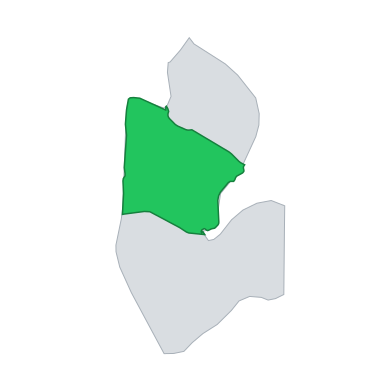 where Tadjourah sits in Djibouti, rotated 335°
{"feature_id": "DJI-1571", "entity_name": "Tadjourah", "entity_type": "Region", "adm_level": 1, "iso_a3": "DJI", "parent_name": "Djibouti", "parent_adm1": "", "projection": "equal_earth", "projection_center": [42.622, 12.035], "detail": "fine", "context": "in_parent", "style": "filled", "palette": "green", "viewbox_px": 384, "rotation_deg": 335, "n_neighbors": 0, "source": "natural_earth", "source_scale": "10m", "svg_char_len": 1783}
<svg xmlns="http://www.w3.org/2000/svg" viewBox="0 0 384 384"><g transform="rotate(335 192 192)"><path d="M270.2,243.7L259.9,265.1L246.8,292.5L231.9,323.7L222.6,323.9L215.3,322.1L210.3,316.8L200.1,311.0L188.6,310.6L177.6,316.0L158.9,322.7L142.1,324.9L128.6,328.6L117.3,333.0L107.2,330.6L98.4,326.7L96.5,293.5L94.5,257.6L94.8,229.5L97.9,214.0L100.6,208.0L116.5,186.6L122.0,177.9L140.2,142.6L155.7,112.3L167.4,89.6L170.9,85.1L175.8,80.9L179.3,82.1L201.9,103.9L205.9,103.3L213.4,96.5L220.3,73.2L225.1,64.7L227.1,64.9L241.6,58.4L254.7,51.0L256.4,58.7L276.3,90.0L282.8,105.4L289.5,133.7L286.0,149.4L280.9,159.6L273.2,168.8L246.7,191.2L217.2,205.5L198.3,234.1L184.3,232.2L186.4,243.0L191.7,244.2L199.8,242.2L216.1,233.9L230.5,229.9L246.1,229.6L260.2,233.2L270.2,243.7Z" fill="#d9dde1" stroke="#a8b0b8" stroke-width="1"/><path d="M119.5,182.9L129.3,164.5L134.1,152.8L135.4,150.8L138.2,149.0L139.1,147.1L140.9,141.3L156.7,112.8L160.3,102.4L167.5,89.7L173.6,81.0L175.7,80.5L178.9,81.7L184.3,84.9L202.8,106.6L204.4,103.6L205.0,103.4L205.3,105.9L204.9,109.1L203.3,110.9L202.9,111.7L202.5,112.6L202.3,113.8L202.4,115.1L202.7,116.3L205.4,123.8L206.1,124.9L206.9,126.2L212.8,132.9L213.9,133.8L215.1,134.5L218.2,135.6L242.6,171.5L244.0,174.4L247.4,183.9L248.4,185.9L251.2,189.6L250.0,190.3L249.2,191.0L248.7,192.1L248.2,194.3L247.6,195.3L245.9,196.1L239.4,196.5L237.7,197.3L236.0,199.0L234.2,200.0L231.0,198.5L228.7,198.9L217.7,204.1L214.6,206.6L211.8,210.5L203.6,230.6L202.8,231.9L201.6,232.8L198.0,234.2L196.9,234.3L194.0,233.6L190.9,233.7L189.9,233.6L189.3,233.0L188.1,230.9L187.5,230.3L184.9,230.5L183.5,231.9L183.5,233.0L185.1,232.5L185.6,236.0L171.8,227.8L170.0,225.9L165.8,219.1L145.5,192.1L140.6,189.5L121.4,183.4L119.5,182.9Z" fill="#22c55e" stroke="#15803d" stroke-width="1.5"/></g></svg>